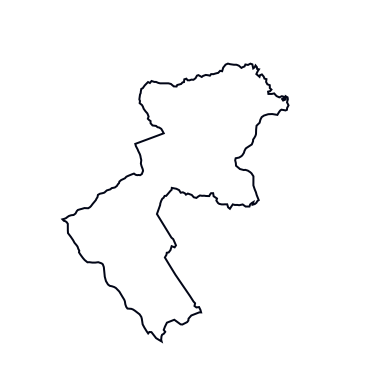 São Bento do Tocantins, Tocantins, Brazil, rotated 152°
{"feature_id": "56859067B59328995641391", "entity_name": "São Bento do Tocantins", "entity_type": "district", "adm_level": 2, "iso_a3": "BRA", "parent_name": "Brazil", "parent_adm1": "Tocantins", "projection": "natural_earth1", "projection_center": [-47.96, -5.95], "detail": "fine", "context": "isolated", "style": "outline", "palette": "ink", "viewbox_px": 384, "rotation_deg": 152, "n_neighbors": 0, "source": "geoboundaries", "source_scale": "gbopen_adm2", "svg_char_len": 4500}
<svg xmlns="http://www.w3.org/2000/svg" viewBox="0 0 384 384"><g transform="rotate(152 192 192)"><path d="M179.2,309.7L180.9,309.2L183.7,308.3L186.7,306.8L188.4,306.8L189.9,304.9L191.0,303.3L192.1,302.5L193.7,300.3L195.0,298.5L195.2,296.8L196.5,295.0L195.3,292.1L195.3,290.2L195.6,288.2L195.2,285.2L194.5,282.3L194.9,279.0L196.6,277.4L196.0,275.5L195.3,274.1L196.3,272.1L195.6,269.3L192.7,267.2L192.0,265.4L190.7,264.3L189.5,262.2L189.4,260.1L189.4,257.1L194.9,257.8L213.4,260.3L219.5,261.1L220.0,258.8L220.0,255.1L220.2,253.5L220.3,249.9L220.6,248.2L221.3,246.0L221.8,244.0L223.8,241.1L224.4,238.5L224.8,235.3L225.3,233.6L227.9,231.4L229.9,231.2L231.2,232.1L232.5,232.6L233.7,233.7L234.6,235.5L236.7,235.8L238.6,236.0L240.6,236.2L242.8,236.3L244.8,235.6L247.1,235.7L248.9,235.8L251.2,235.3L252.3,234.1L253.8,233.6L255.5,232.6L258.0,232.2L259.4,232.6L261.0,233.1L262.9,232.7L266.5,233.4L269.6,232.6L271.3,232.9L274.1,233.7L276.4,233.6L278.0,231.7L279.4,231.0L280.7,230.0L283.1,229.0L285.1,228.2L287.9,226.9L289.3,226.5L291.3,226.4L294.5,228.3L297.0,228.8L298.7,229.2L301.2,229.7L302.7,229.2L304.9,227.7L307.3,227.3L309.6,228.2L311.9,228.6L313.9,228.4L315.2,228.1L317.0,228.2L319.2,228.7L318.7,226.8L317.5,225.6L316.8,224.1L316.6,222.2L319.6,216.5L320.8,213.9L320.0,209.0L319.6,205.2L319.6,202.4L319.0,199.6L318.7,197.6L319.1,195.0L319.1,193.1L320.1,191.8L320.0,190.0L319.7,187.6L319.3,184.9L318.7,182.3L317.3,179.0L315.7,178.3L313.2,176.5L310.6,175.1L307.7,174.0L305.3,171.4L304.7,170.0L305.1,167.1L308.8,158.1L309.8,153.7L309.6,149.8L308.7,147.8L306.9,146.3L305.3,144.6L304.3,143.0L302.9,138.2L302.6,132.0L302.4,128.7L302.6,127.0L303.6,124.1L304.0,121.4L303.7,119.4L300.4,117.3L299.2,115.9L298.1,113.9L295.7,108.6L295.4,105.6L295.8,103.7L297.7,98.3L297.7,94.7L297.4,90.0L297.1,87.7L295.4,88.4L293.6,87.3L292.3,79.8L290.4,76.6L289.0,74.3L288.6,76.0L286.7,78.9L285.4,80.0L283.4,80.1L281.3,81.1L281.7,83.5L279.2,85.7L275.5,88.4L267.6,87.5L264.2,80.5L262.7,79.5L257.3,79.4L255.6,80.2L254.5,81.8L250.6,83.3L242.1,82.3L240.5,81.4L239.9,84.0L239.8,87.1L242.3,88.0L243.3,90.2L241.5,92.3L242.1,94.6L242.6,100.9L245.5,126.8L246.3,139.6L246.7,146.9L244.0,148.6L242.8,150.2L241.0,149.6L238.3,150.8L235.4,153.7L233.3,151.3L231.2,152.4L230.7,159.2L231.6,161.4L233.3,189.0L226.3,195.4L225.4,196.7L223.4,198.6L221.4,200.0L219.9,200.2L218.0,201.4L216.6,200.7L210.5,203.1L209.0,203.5L207.9,205.1L204.3,202.2L202.5,199.7L202.3,196.7L200.2,196.0L198.9,194.2L198.6,192.5L196.4,192.6L193.6,189.5L192.9,186.5L190.9,184.7L188.6,185.1L186.6,185.2L184.9,183.9L183.0,183.0L181.5,181.9L178.7,180.3L177.3,181.3L175.7,182.0L173.9,181.0L174.9,178.1L173.0,174.5L174.5,173.0L174.2,170.1L173.5,168.7L171.6,167.1L166.7,164.6L167.3,161.5L166.4,159.4L164.1,160.7L161.8,161.9L160.2,160.4L158.0,159.3L156.6,158.2L153.1,157.2L151.5,154.0L148.1,152.2L146.5,153.7L144.4,154.2L142.5,154.3L144.3,152.3L142.2,151.9L140.3,152.2L138.6,153.3L136.9,153.5L136.3,159.0L135.7,161.7L135.4,164.9L134.7,169.0L130.4,177.0L130.7,180.6L131.3,182.2L132.7,184.7L134.5,186.5L136.0,187.1L138.9,189.8L140.8,194.5L139.7,197.0L139.0,199.7L137.6,201.3L134.3,200.3L132.0,200.4L130.5,200.7L127.8,202.2L126.3,203.7L124.1,205.2L122.6,205.4L116.9,205.9L114.3,208.1L113.4,209.6L111.3,210.7L109.5,211.9L108.3,213.1L105.9,217.3L103.9,220.2L102.3,220.7L99.8,221.4L97.6,223.8L95.3,225.4L92.5,225.7L88.2,224.9L84.6,223.2L80.4,220.0L77.8,221.6L75.9,222.5L74.4,222.7L72.7,221.4L71.1,220.1L69.6,220.0L68.5,221.6L66.1,223.2L66.0,226.6L63.8,228.9L63.2,230.7L64.3,232.5L66.0,229.8L68.6,230.0L68.8,231.8L67.2,231.7L65.9,232.7L67.7,234.4L70.5,234.6L72.3,237.0L73.2,240.5L75.5,241.1L78.5,242.7L77.7,244.9L75.7,244.4L73.8,245.1L74.5,247.2L73.2,249.8L74.9,251.7L74.9,254.4L73.3,256.7L74.8,258.1L74.5,260.2L75.1,263.0L77.1,263.2L78.3,262.0L79.8,265.9L77.3,267.8L75.3,268.9L76.7,270.1L76.1,271.8L76.5,273.9L78.1,272.7L79.9,272.4L78.8,276.4L80.2,277.9L82.9,277.9L85.0,279.5L86.7,278.2L88.2,278.4L90.1,278.4L91.3,281.5L92.9,283.4L95.4,284.8L98.4,287.0L100.0,288.5L102.6,288.7L103.9,288.1L106.0,287.2L108.7,284.5L110.3,285.8L112.9,284.9L115.7,285.6L117.8,286.0L119.8,287.1L121.6,286.3L122.8,287.4L124.9,288.9L127.7,289.3L129.4,289.0L131.5,292.2L133.0,292.4L135.5,290.8L138.0,290.4L139.8,291.5L141.8,291.8L143.4,292.7L143.8,294.7L145.9,295.1L147.5,292.8L148.9,293.2L150.9,292.5L152.7,292.9L154.8,293.4L156.1,292.4L158.5,293.8L159.9,297.3L161.9,299.1L169.1,302.9L170.5,304.1L172.1,306.1L173.6,306.9L175.6,309.0L178.0,308.0L179.2,309.7Z" fill="none" stroke="#020617" stroke-width="2"/></g></svg>